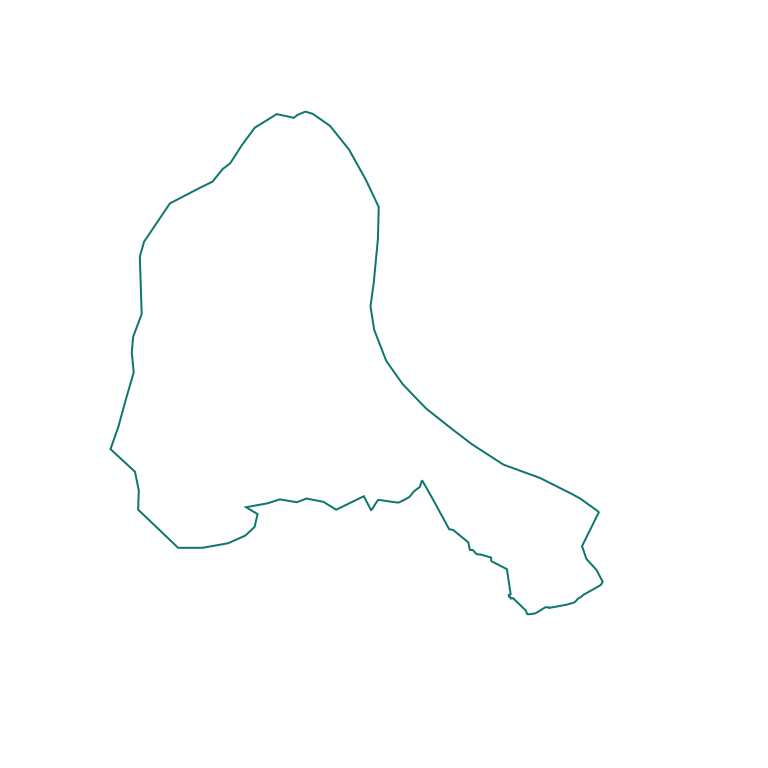 Ukwa West, Abia, Nigeria (orthographic projection), rotated 111°
{"feature_id": "59680162B46910461063287", "entity_name": "Ukwa West", "entity_type": "district", "adm_level": 2, "iso_a3": "NGA", "parent_name": "Nigeria", "parent_adm1": "Abia", "projection": "orthographic", "projection_center": [7.263, 4.974], "detail": "fine", "context": "isolated", "style": "outline", "palette": "teal", "viewbox_px": 768, "rotation_deg": 111, "n_neighbors": 0, "source": "geoboundaries", "source_scale": "gbopen_adm2", "svg_char_len": 2074}
<svg xmlns="http://www.w3.org/2000/svg" viewBox="0 0 768 768"><g transform="rotate(111 384 384)"><path d="M256.4,440.1L251.0,441.6L250.1,441.9L220.7,452.3L199.7,474.3L177.8,500.5L162.4,526.8L157.3,547.3L157.9,555.0L162.9,560.3L163.8,561.1L167.9,563.8L168.4,567.8L170.5,580.9L176.2,585.2L191.0,596.5L197.5,598.3L204.3,600.2L211.5,602.2L233.2,606.7L241.0,611.6L256.5,616.6L267.5,626.8L292.1,648.6L337.2,659.0L352.6,657.6L405.5,635.3L429.8,635.1L440.7,632.0L444.9,630.8L462.9,621.8L486.8,619.8L490.3,619.5L516.0,617.0L518.2,616.7L542.8,616.0L555.2,585.0L571.2,574.8L589.4,568.5L610.7,517.5L601.9,494.6L588.5,472.4L574.9,458.9L563.8,453.6L550.7,455.4L549.6,462.2L548.4,468.6L537.1,449.9L529.1,440.0L525.6,423.0L522.2,419.2L518.7,415.3L515.7,398.3L518.5,383.6L496.0,362.6L506.3,351.0L505.1,350.2L499.5,349.2L495.0,348.2L494.1,347.5L491.4,335.3L489.8,328.7L489.2,327.6L488.3,326.7L484.4,323.1L480.6,320.0L477.8,318.9L475.2,318.2L473.5,317.5L472.1,316.7L470.9,316.0L470.1,315.4L468.6,314.4L467.0,313.6L465.1,313.8L463.7,313.9L462.6,313.9L461.8,314.0L461.4,314.0L461.0,313.7L460.7,313.4L465.7,307.2L473.3,298.0L496.2,271.1L495.5,267.2L501.5,248.8L502.2,248.3L502.7,247.9L503.1,247.6L503.5,247.3L504.0,247.0L505.3,246.3L508.1,244.3L507.8,243.5L507.3,242.3L507.3,241.4L508.9,238.1L509.6,236.7L509.6,235.9L508.6,232.8L507.6,221.9L510.7,220.5L511.0,219.6L512.4,206.8L512.8,202.9L534.9,190.4L536.3,192.0L537.9,190.8L537.5,190.0L538.0,189.1L538.8,188.7L537.7,186.8L544.6,170.6L547.5,167.8L547.1,166.3L545.6,163.5L544.1,160.8L541.8,158.8L534.8,153.5L534.0,152.0L533.5,150.0L533.9,149.7L529.5,142.4L524.8,134.8L520.3,128.7L518.9,127.5L515.4,126.2L514.8,126.0L512.3,123.8L510.2,122.8L508.5,121.6L494.5,110.0L493.0,109.3L490.3,109.0L481.5,118.9L474.8,132.3L464.4,141.0L426.8,137.5L426.1,138.9L420.6,159.8L419.3,169.7L415.8,204.9L416.1,220.8L416.5,243.5L410.6,271.5L408.6,280.9L401.8,304.0L393.5,330.5L391.8,335.9L386.0,348.4L377.4,366.6L367.4,381.6L361.5,390.3L353.7,397.4L348.6,402.0L336.9,412.6L316.2,424.5L293.4,429.8L256.4,440.1Z" fill="none" stroke="#0f766e" stroke-width="2"/></g></svg>